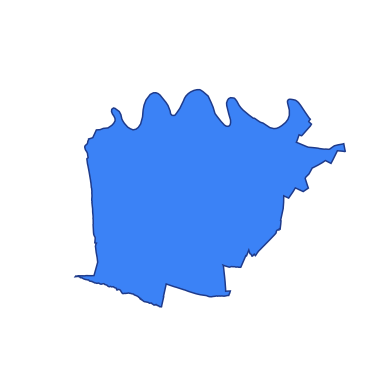 Ungheni, Iasi, Romania (orthographic projection), rotated 298°
{"feature_id": "2599482B66095426553968", "entity_name": "Ungheni", "entity_type": "district", "adm_level": 2, "iso_a3": "ROU", "parent_name": "Romania", "parent_adm1": "Iasi", "projection": "orthographic", "projection_center": [27.721, 47.204], "detail": "fine", "context": "isolated", "style": "filled", "palette": "blue", "viewbox_px": 384, "rotation_deg": 298, "n_neighbors": 0, "source": "geoboundaries", "source_scale": "gbopen_adm2", "svg_char_len": 5855}
<svg xmlns="http://www.w3.org/2000/svg" viewBox="0 0 384 384"><g transform="rotate(298 192 192)"><path d="M201.9,78.4L197.2,78.7L194.6,78.8L193.4,78.9L192.1,77.7L190.3,75.8L189.8,76.1L188.0,76.2L186.2,76.8L185.2,76.8L183.3,76.1L182.3,75.9L181.5,76.1L180.9,76.5L179.5,77.8L179.1,78.3L178.3,79.8L177.8,80.6L177.0,81.6L175.1,82.9L173.6,84.2L173.1,84.1L172.8,83.8L171.9,83.6L167.8,86.5L166.7,87.5L161.6,91.6L154.7,96.9L153.4,97.8L152.7,98.4L148.6,101.1L148.4,101.4L147.9,101.8L145.4,103.4L144.1,104.0L142.2,105.2L140.6,106.0L138.7,106.8L137.3,107.6L136.4,108.4L135.8,108.5L133.3,110.2L131.7,111.3L130.4,112.2L127.5,113.8L125.6,115.1L123.6,116.4L122.2,117.0L121.1,117.8L118.3,119.3L117.7,119.7L116.9,119.9L109.6,124.3L109.4,124.6L108.8,124.8L107.9,125.7L107.2,126.6L106.4,127.8L106.0,128.1L103.1,129.4L101.5,130.0L102.0,131.7L100.9,131.6L98.5,132.3L97.8,132.9L93.9,135.6L89.6,139.0L85.7,141.7L72.2,144.7L71.5,143.6L70.4,141.6L68.4,137.6L68.0,137.2L67.4,136.3L66.5,134.5L65.3,132.3L64.8,131.1L63.7,129.8L63.2,128.8L62.4,128.7L63.7,130.6L64.0,130.9L64.0,131.0L64.0,131.4L64.3,131.9L64.3,132.9L64.0,133.4L64.0,133.9L64.6,135.3L64.5,135.8L64.4,136.9L64.8,139.3L65.1,139.9L65.3,141.0L65.7,141.7L65.7,142.0L65.7,142.4L65.3,143.2L65.4,143.7L65.6,144.4L65.9,145.1L66.0,145.4L65.9,145.7L66.1,146.0L66.0,146.3L66.0,147.1L66.2,147.6L66.0,148.5L66.4,149.4L66.7,151.0L67.2,151.5L67.4,151.9L67.7,152.2L67.8,152.4L67.7,154.0L67.9,155.0L69.3,156.6L69.6,157.1L69.7,157.5L69.4,158.4L69.6,159.1L69.6,159.5L69.8,160.4L69.7,161.0L69.4,161.8L69.4,162.1L69.4,163.0L69.5,163.5L69.8,163.8L70.2,164.1L70.5,164.5L70.4,165.4L70.7,165.9L71.1,166.4L71.3,167.0L71.5,167.2L71.3,167.7L71.2,168.9L71.3,169.3L71.5,169.8L71.4,170.1L71.4,170.7L70.3,171.3L70.2,171.7L70.3,171.9L70.6,172.1L70.8,172.4L71.2,172.6L71.6,173.0L71.7,173.4L71.7,174.5L71.6,175.0L71.4,175.3L71.0,175.8L70.8,176.4L70.3,176.9L70.0,177.6L69.8,178.6L70.5,179.7L71.0,180.2L71.1,180.7L71.4,181.2L72.7,183.0L73.1,183.4L73.3,184.6L73.4,184.9L73.6,185.1L73.8,186.3L74.2,187.7L74.4,188.4L74.3,188.7L74.1,189.0L74.1,189.4L74.2,189.8L74.1,190.3L74.2,190.5L74.4,191.7L74.3,192.6L74.4,193.6L74.1,194.1L74.0,194.5L74.1,195.4L74.0,195.6L73.5,195.9L73.3,196.3L73.3,196.6L73.6,196.9L73.2,197.1L73.1,198.3L73.1,198.6L73.3,198.8L72.9,200.0L72.8,200.9L72.9,201.7L73.2,202.6L73.4,202.8L73.5,203.7L73.7,204.2L74.0,205.3L73.9,205.9L73.8,206.6L74.2,207.0L74.6,207.9L74.6,208.2L74.9,208.4L74.9,208.5L74.8,208.9L74.6,209.2L74.5,209.5L74.5,209.8L74.5,210.3L74.5,210.7L74.3,211.1L74.6,211.7L74.7,212.3L75.1,212.3L75.8,213.1L75.5,213.5L75.7,214.0L75.5,214.5L75.7,214.9L75.7,215.1L75.6,215.4L75.9,215.9L75.5,217.0L75.8,218.0L76.1,218.4L76.3,219.0L76.5,219.0L76.7,218.8L86.2,216.2L86.2,215.9L95.4,213.3L98.7,212.4L99.7,218.7L100.1,221.1L100.5,222.8L101.0,225.7L101.6,229.1L101.9,230.8L102.1,231.6L102.6,235.6L103.7,241.5L104.1,243.5L105.2,247.6L107.3,253.4L107.5,255.4L107.7,256.3L107.9,256.9L108.6,258.3L109.2,259.1L109.6,259.6L110.9,261.5L111.8,262.5L111.9,262.9L112.0,263.5L112.3,263.8L112.9,264.7L113.1,265.1L113.2,265.6L113.6,266.1L114.3,267.3L114.8,268.6L115.4,269.7L117.1,271.7L117.9,273.0L119.2,272.8L120.2,272.8L122.6,272.3L120.2,268.3L122.3,267.1L128.5,263.2L131.2,261.4L133.0,260.2L136.5,257.8L141.1,254.7L141.8,254.2L142.0,253.9L142.3,256.0L142.7,258.0L143.1,260.1L143.4,260.6L144.4,261.5L144.9,262.2L145.2,263.2L146.0,264.5L146.3,266.0L146.7,266.7L147.2,267.4L147.3,267.7L147.5,268.6L147.6,268.9L147.9,269.3L148.1,269.9L148.5,270.4L161.1,269.4L161.2,270.1L167.4,269.4L164.8,272.1L164.8,273.0L164.7,273.4L163.7,274.8L164.2,275.0L164.0,275.6L166.3,276.1L165.5,277.8L166.9,278.1L167.9,278.1L170.9,278.5L183.7,282.3L192.4,284.8L194.8,285.4L195.5,285.4L196.6,285.0L197.2,284.9L197.8,285.0L198.5,285.2L198.9,285.6L199.1,286.2L199.2,286.6L200.6,286.3L200.7,286.5L200.7,287.2L205.1,285.5L208.4,284.1L208.4,283.6L220.1,280.3L225.8,277.8L231.7,274.8L232.0,280.2L240.0,281.1L244.1,281.3L244.6,290.0L250.1,292.9L252.1,290.7L257.1,285.6L257.6,285.5L258.6,285.5L262.9,286.8L269.8,286.9L269.9,287.1L270.4,287.5L274.7,290.5L279.3,293.4L282.4,295.0L282.5,301.3L286.8,301.3L296.7,301.0L298.8,306.0L299.5,308.0L299.9,308.2L301.4,306.9L305.9,303.3L304.9,302.3L302.1,298.7L299.7,296.1L299.1,295.7L294.9,293.6L294.3,293.3L293.7,292.3L292.7,289.9L292.1,289.0L291.6,287.9L290.2,284.1L290.0,283.2L289.6,282.0L288.4,279.0L287.8,277.5L286.2,273.8L286.0,272.7L284.9,260.8L287.7,260.5L290.7,260.0L292.8,259.7L293.0,262.1L293.2,262.4L294.5,262.8L302.9,264.8L305.8,265.5L308.0,265.6L308.1,265.1L308.9,262.1L309.1,261.9L311.8,262.3L312.3,260.8L315.4,254.8L319.5,247.2L321.0,243.9L321.5,241.6L321.6,240.2L321.0,237.8L320.2,235.6L319.5,234.3L318.6,233.7L317.1,233.6L315.6,234.5L310.0,239.5L305.3,242.0L301.2,242.6L297.4,242.0L292.7,240.1L289.8,238.4L287.8,236.7L286.4,234.5L285.4,230.6L286.2,222.4L285.7,219.7L285.9,217.2L286.4,213.2L286.4,212.3L285.9,211.5L286.7,206.1L288.3,198.6L289.4,195.4L290.6,192.9L293.2,189.0L294.3,186.7L294.7,185.3L294.3,184.0L293.7,182.6L293.4,181.8L291.6,180.5L289.7,180.3L286.9,180.7L284.6,182.1L278.1,187.9L273.7,192.2L271.4,193.5L269.5,194.1L268.1,193.9L267.0,193.2L266.2,191.4L266.3,189.2L267.9,184.6L270.4,178.9L272.1,175.4L276.7,170.9L279.9,167.0L284.3,161.2L285.8,154.5L286.0,152.2L286.0,150.8L284.6,148.3L282.6,146.0L279.7,143.8L277.1,142.5L274.0,141.6L271.2,141.4L268.4,141.7L260.2,142.0L254.7,141.4L251.9,140.9L251.2,140.3L250.3,138.4L251.0,136.4L253.3,134.6L257.1,130.2L258.9,126.9L262.6,118.2L263.0,115.8L262.7,113.6L261.5,111.4L258.5,109.3L251.6,108.2L246.2,108.9L241.6,110.3L235.0,113.1L228.0,114.7L223.9,114.3L221.2,113.1L219.2,110.8L218.9,107.7L219.1,104.7L220.9,100.0L222.1,97.8L223.5,95.8L226.9,92.9L228.9,90.0L229.7,84.7L229.3,83.2L227.3,82.3L225.2,83.2L223.5,85.2L222.3,87.5L220.7,89.6L218.7,90.7L215.9,90.6L213.2,89.9L209.1,87.7L206.5,83.8L203.9,81.6L201.9,78.4Z" fill="#3b82f6" stroke="#1e3a8a" stroke-width="1.5"/></g></svg>